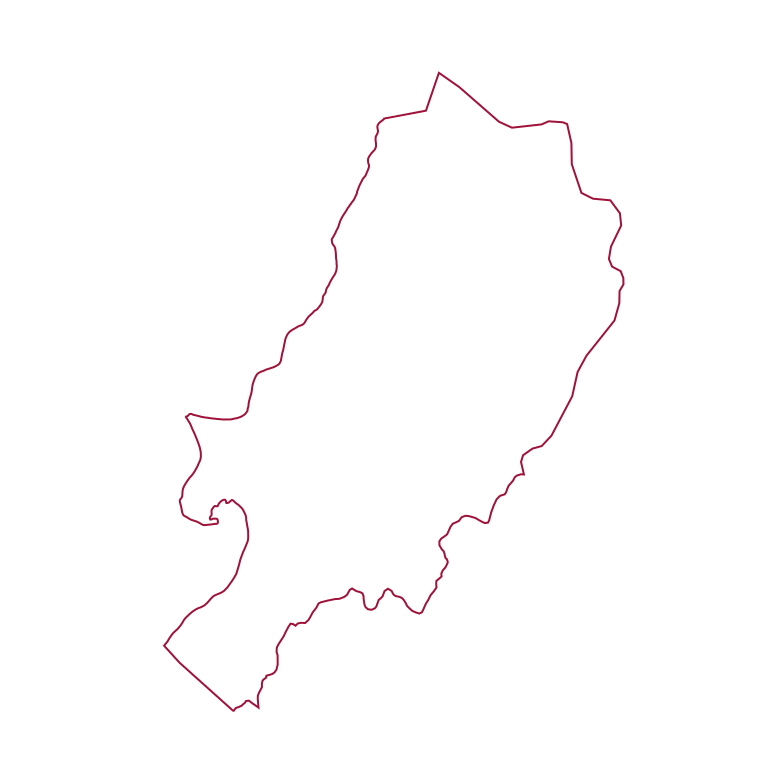 Karmir, Gegharkunik, Armenia, rotated 80°
{"feature_id": "60910142B90177126374214", "entity_name": "Karmir", "entity_type": "district", "adm_level": 2, "iso_a3": "ARM", "parent_name": "Armenia", "parent_adm1": "Gegharkunik", "projection": "albers", "projection_center": [45.299, 40.582], "detail": "fine", "context": "isolated", "style": "outline", "palette": "rose", "viewbox_px": 768, "rotation_deg": 80, "n_neighbors": 0, "source": "geoboundaries", "source_scale": "gbopen_adm2", "svg_char_len": 6164}
<svg xmlns="http://www.w3.org/2000/svg" viewBox="0 0 768 768"><g transform="rotate(80 384 384)"><path d="M122.6,337.7L123.1,338.1L124.0,339.6L124.9,341.4L125.6,342.7L126.4,343.8L127.9,345.2L129.5,345.9L131.3,346.0L133.3,345.9L134.2,346.0L136.0,346.9L136.9,347.5L138.7,349.0L139.4,349.3L141.4,349.8L142.8,350.0L145.5,350.1L148.4,350.5L149.8,351.2L151.4,352.2L152.3,353.3L154.7,356.5L155.7,357.4L157.2,359.0L159.4,360.5L161.3,361.0L163.9,361.1L165.8,360.8L167.0,360.9L168.3,361.4L171.5,363.3L172.7,364.2L174.6,365.3L176.1,366.5L177.7,368.6L179.3,370.0L184.0,373.5L189.7,377.0L191.6,377.6L194.2,379.5L195.4,380.2L197.0,381.5L197.7,382.0L199.6,384.2L201.0,385.5L201.7,386.4L203.2,387.7L204.5,389.2L207.6,391.8L208.9,393.1L211.7,395.7L214.2,397.6L216.2,399.1L218.2,400.0L219.2,400.7L220.4,401.2L221.8,402.0L225.0,404.5L226.8,405.6L230.6,408.7L231.9,409.9L232.7,410.4L235.3,410.5L236.7,410.5L238.1,409.9L239.1,409.3L240.1,408.9L242.0,408.5L246.6,408.7L252.4,409.4L254.8,409.4L257.7,409.9L259.3,409.9L260.5,410.2L262.9,410.9L264.1,411.3L266.7,412.8L267.9,413.7L268.8,414.7L272.2,417.7L274.7,419.7L277.3,421.4L279.8,423.8L281.5,424.7L283.4,425.4L284.2,425.9L286.6,428.4L287.2,428.8L288.3,429.2L292.2,430.4L293.1,431.0L294.8,432.4L298.3,436.2L299.2,437.5L299.6,438.9L299.9,439.8L300.4,440.5L301.5,441.8L304.0,445.7L305.2,447.3L307.6,449.7L309.2,451.0L310.1,451.8L310.8,452.8L311.4,453.9L311.7,454.8L312.0,456.9L312.5,458.8L313.8,462.2L314.4,464.0L315.3,466.2L316.0,467.6L316.7,468.6L318.3,470.4L319.3,471.2L321.4,472.6L323.3,473.6L333.3,477.5L336.3,479.0L342.9,481.4L344.0,482.0L345.8,483.5L346.2,484.1L347.0,485.6L348.2,489.4L349.0,494.8L349.3,497.3L350.1,500.3L350.5,502.7L351.0,504.7L351.4,505.6L351.8,506.4L352.2,507.1L353.0,507.9L354.0,508.8L356.1,510.3L358.6,511.8L361.8,513.5L364.5,514.4L367.2,515.2L370.6,516.5L374.7,518.6L377.8,520.0L379.5,520.6L382.6,521.5L383.4,521.8L384.5,522.5L386.7,523.1L389.1,525.5L389.6,526.2L390.4,527.8L391.3,530.2L391.6,531.4L391.8,532.6L392.1,535.2L392.1,537.6L392.3,540.6L392.1,542.2L391.1,548.2L389.6,553.9L387.5,561.1L386.7,563.3L386.0,565.7L384.8,569.1L382.8,573.4L381.3,577.0L380.5,578.1L379.9,579.2L379.8,580.1L379.9,580.6L380.3,581.4L381.3,582.7L381.6,583.4L381.7,584.6L382.0,584.8L383.1,584.5L384.1,583.9L389.0,582.0L390.3,581.6L395.3,580.5L399.6,579.3L407.0,577.7L412.4,576.7L415.2,576.4L418.6,576.3L420.1,576.4L423.4,576.9L425.7,577.6L427.0,578.2L432.9,582.2L435.4,584.2L437.1,585.6L438.8,587.2L441.1,589.7L442.7,591.9L446.7,595.9L449.6,598.4L452.0,600.0L454.2,600.9L459.6,602.2L461.1,603.3L461.8,604.2L462.6,605.0L463.2,605.3L465.0,605.5L469.2,605.1L475.5,605.0L476.8,604.8L478.4,604.2L479.1,603.7L481.5,600.6L482.7,599.4L483.8,598.1L484.8,596.4L486.5,593.2L487.6,591.4L489.6,588.9L490.5,587.9L491.4,586.7L491.8,585.3L492.0,583.7L492.0,582.1L492.3,579.0L492.4,574.7L492.7,573.5L492.5,572.6L492.4,572.2L491.7,571.7L490.7,571.4L489.8,571.4L488.4,571.5L487.8,572.0L487.5,572.8L487.3,573.6L487.2,574.5L486.9,575.9L487.3,577.2L487.5,578.1L487.3,578.6L486.9,578.8L485.8,578.8L485.2,578.6L484.7,578.2L483.4,576.9L482.9,576.5L482.1,576.3L479.4,576.0L478.5,575.7L477.8,575.4L475.8,573.4L475.4,573.0L474.8,572.0L474.8,571.5L475.3,570.3L475.5,569.5L475.2,568.9L474.9,568.5L474.2,568.2L473.2,567.5L472.6,566.8L470.9,564.4L470.3,562.6L470.2,561.9L470.2,561.3L470.4,560.8L470.6,560.4L471.0,560.2L471.8,560.0L473.7,560.0L473.9,559.8L474.0,559.2L473.8,557.4L471.9,554.3L471.8,553.9L471.9,553.6L472.3,553.1L472.9,552.5L475.3,550.8L477.8,548.3L481.0,546.0L482.4,545.1L484.4,544.4L488.5,543.2L491.3,542.9L493.8,543.3L495.0,543.3L504.8,543.3L510.1,544.1L512.9,544.7L514.6,545.3L515.8,545.9L521.7,549.6L525.1,552.0L531.8,555.9L537.8,558.6L545.1,562.3L548.1,564.7L551.6,567.9L557.0,573.4L559.9,577.4L560.9,579.6L561.5,581.7L562.4,585.7L563.0,588.0L563.4,588.9L564.5,590.6L566.5,593.2L567.3,594.2L569.0,596.3L570.8,599.3L571.2,600.3L571.9,602.6L572.2,603.8L572.4,605.3L573.0,607.6L574.0,610.1L575.3,612.9L577.0,615.7L579.9,620.0L581.0,621.3L581.9,622.2L584.3,624.2L586.4,626.2L588.8,629.0L590.1,630.9L592.6,634.8L594.2,636.6L597.0,639.4L600.1,642.0L603.5,646.0L622.9,633.8L679.4,589.5L679.7,588.7L677.4,586.3L676.8,582.8L676.1,580.2L674.7,578.0L673.7,576.2L672.2,574.9L672.4,572.0L675.5,569.2L678.2,566.4L680.9,563.8L672.2,563.0L669.2,562.4L666.9,561.1L665.3,559.9L661.4,556.9L657.6,556.2L654.9,555.0L653.8,553.3L652.7,551.1L650.9,550.5L650.2,544.4L649.0,541.9L646.6,539.5L641.8,537.4L632.7,535.9L629.1,536.3L624.9,535.3L621.8,532.9L614.9,526.5L610.6,523.5L606.7,520.4L603.8,517.7L604.6,515.3L606.7,513.1L605.8,512.0L604.8,510.2L604.8,506.8L605.7,503.2L603.4,499.5L601.1,497.4L596.6,493.9L592.5,489.4L588.8,486.6L588.0,484.1L587.5,477.0L587.3,469.7L587.8,465.2L586.8,460.2L585.2,457.0L580.9,453.6L579.8,451.0L583.1,447.3L584.8,443.7L586.4,441.6L589.3,441.0L592.8,441.4L597.9,441.5L600.6,440.9L603.1,438.8L604.2,435.2L603.2,431.7L601.8,430.2L595.7,426.7L594.4,424.3L592.9,422.3L588.0,419.4L586.3,415.7L589.0,412.5L592.8,411.3L594.8,409.5L596.4,405.5L598.1,403.3L600.6,401.8L604.0,400.5L606.4,399.9L609.0,398.1L612.4,395.5L614.8,391.8L616.2,388.9L615.3,386.2L613.4,384.8L607.5,380.8L604.2,377.8L600.2,374.9L596.6,370.7L593.6,367.7L589.4,367.2L587.0,366.6L585.2,363.4L583.6,360.8L580.5,360.4L577.7,358.4L575.2,355.3L571.4,352.5L570.0,352.1L567.5,352.5L566.2,353.5L563.8,353.9L561.2,353.9L559.0,354.3L557.0,355.7L552.5,357.4L548.6,356.8L546.2,354.5L544.5,350.8L543.0,347.9L536.3,343.4L533.5,340.5L532.6,336.5L531.7,333.8L528.7,330.7L527.9,326.8L528.9,323.2L531.7,317.4L534.8,313.8L537.1,310.9L538.5,308.7L538.6,305.7L536.7,304.2L529.0,300.7L522.6,297.0L517.1,293.1L514.3,289.2L513.6,284.2L511.6,282.4L509.0,281.0L505.8,278.9L501.5,273.6L498.5,271.4L497.2,268.8L496.7,264.7L497.4,261.9L484.6,262.6L478.3,259.4L473.4,249.0L472.5,239.5L464.0,228.1L428.8,200.8L405.7,191.2L391.3,179.7L361.5,146.0L345.2,138.2L333.4,135.9L327.5,130.9L321.2,129.9L314.0,131.3L308.0,139.0L299.9,140.8L288.1,136.6L269.1,122.9L256.9,122.0L242.4,129.2L237.8,146.0L230.1,156.4L200.1,160.9L179.3,157.6L159.8,158.5L157.3,162.5L153.9,176.2L155.7,183.9L153.8,213.5L145.6,225.3L104.7,258.3L87.1,275.9L122.1,295.2L122.6,337.7Z" fill="none" stroke="#9f1239" stroke-width="2"/></g></svg>